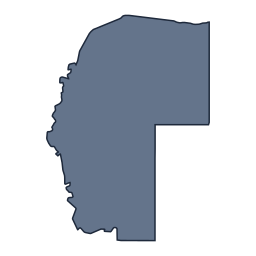 the border of Omaheke
{"feature_id": "NAM-3353", "entity_name": "Omaheke", "entity_type": "Region", "adm_level": 1, "iso_a3": "NAM", "parent_name": "Namibia", "parent_adm1": "", "projection": "robinson", "projection_center": [18.894, -22.054], "detail": "fine", "context": "isolated", "style": "filled", "palette": "slate", "viewbox_px": 256, "rotation_deg": 0, "n_neighbors": 0, "source": "natural_earth", "source_scale": "10m", "svg_char_len": 3256}
<svg xmlns="http://www.w3.org/2000/svg" viewBox="0 0 256 256"><path d="M209.2,22.1L209.2,23.6L209.2,31.4L209.2,39.2L209.2,47.0L209.2,54.7L209.2,62.5L209.2,66.1L209.2,69.7L209.2,73.3L209.2,76.8L209.2,80.4L209.2,84.0L209.2,87.6L209.2,91.2L209.2,94.8L209.2,98.4L209.2,101.9L209.2,105.5L209.2,109.1L209.2,112.7L209.2,116.3L209.2,119.9L209.2,122.4L208.5,124.7L205.4,124.7L192.8,124.7L180.2,124.7L167.7,124.7L155.1,124.7L155.1,130.1L155.1,139.4L155.1,148.8L155.0,158.1L155.0,167.5L155.0,178.2L155.0,188.9L155.0,199.6L155.0,206.1L155.0,210.3L155.0,221.0L155.0,231.7L155.0,240.6L120.9,240.5L117.2,240.0L117.0,228.9L116.7,228.3L116.2,227.8L115.0,227.5L114.1,227.6L113.5,227.9L111.1,231.3L110.8,231.5L110.6,231.7L105.6,231.4L104.5,231.3L104.3,230.8L104.4,230.3L104.6,229.8L104.7,229.4L104.3,229.2L101.4,229.1L100.9,229.1L90.9,233.4L90.2,233.5L85.8,232.6L84.8,232.3L83.9,231.7L81.3,228.7L80.7,228.2L80.1,227.8L79.6,228.0L79.0,228.4L78.1,229.4L77.8,229.7L77.5,229.4L72.6,219.0L72.6,218.2L75.8,209.6L76.0,208.9L75.9,208.3L75.4,207.7L67.9,201.0L67.5,200.4L67.6,199.6L67.8,198.9L68.1,198.2L68.6,197.8L69.1,197.6L72.1,197.4L72.6,197.1L73.0,196.7L72.5,194.7L72.0,193.2L71.8,192.7L71.5,192.5L71.0,192.4L69.8,192.3L69.2,192.1L68.7,191.9L67.6,190.3L66.8,189.8L66.5,189.3L66.3,188.7L66.2,188.1L66.2,187.5L66.6,187.1L66.9,186.9L69.3,185.9L69.7,185.6L69.9,185.3L70.0,184.7L70.1,183.5L70.1,182.9L70.0,182.5L69.5,182.6L65.8,184.1L65.2,184.1L64.8,183.7L64.7,177.1L64.5,175.3L63.0,170.4L62.8,169.2L62.1,162.7L60.5,154.6L60.4,154.2L60.1,154.0L59.7,154.3L58.0,155.7L57.9,155.8L56.5,154.6L56.0,154.2L55.9,153.8L56.3,153.3L58.1,152.3L58.3,151.9L57.9,151.5L56.8,150.6L56.1,149.7L54.7,147.2L54.3,146.8L53.9,146.5L51.8,146.5L51.1,146.3L50.4,145.7L48.7,143.2L47.2,139.9L46.9,138.9L46.8,138.0L47.3,132.4L47.6,131.9L48.0,131.7L48.5,131.7L49.3,131.7L49.9,131.6L51.8,130.8L52.3,130.3L52.6,129.8L52.5,128.8L52.4,128.2L52.1,127.7L51.9,127.3L52.1,126.8L53.6,124.4L54.1,123.3L54.5,122.9L54.9,122.6L55.3,122.3L55.6,121.7L55.5,120.3L55.3,119.8L55.1,119.5L54.8,119.4L54.6,119.2L54.4,118.9L54.0,118.1L53.6,117.7L52.8,116.8L52.6,116.6L52.5,116.4L52.3,116.1L52.4,115.6L52.6,114.9L53.4,113.2L54.8,111.5L55.5,110.0L55.0,106.3L55.7,105.7L59.1,104.0L60.2,103.2L61.7,101.2L61.9,100.4L61.9,99.6L61.4,97.0L61.6,95.2L61.6,94.8L61.5,94.2L61.3,93.5L61.3,93.3L61.3,92.9L62.7,92.1L62.9,91.5L62.9,90.9L62.6,88.3L62.6,87.6L62.7,87.1L63.5,86.3L63.6,85.7L63.5,85.1L63.1,83.1L62.9,82.7L62.7,82.5L61.8,82.8L60.7,82.9L60.2,82.8L59.9,82.7L59.8,82.2L59.9,79.4L60.1,78.2L60.5,77.7L61.1,77.3L61.7,77.1L62.2,77.0L62.7,77.1L68.4,78.7L68.6,78.7L68.5,78.2L67.7,76.6L67.5,76.0L67.5,75.4L67.5,74.8L67.9,74.4L69.9,73.1L70.6,72.5L70.8,71.9L71.0,71.3L71.1,70.1L71.1,69.6L71.0,69.3L70.5,69.3L68.8,69.7L68.3,69.8L68.1,69.7L68.1,69.1L68.3,67.2L68.9,64.9L69.9,64.1L73.8,63.2L74.7,63.1L75.2,63.6L75.6,64.0L76.0,64.7L77.4,61.5L77.8,60.3L79.5,51.7L79.8,50.8L89.4,33.5L91.0,31.6L92.9,29.9L93.4,29.5L119.3,18.9L121.0,18.0L122.7,16.2L123.8,15.7L125.3,15.4L128.5,15.4L129.9,15.5L173.7,20.9L174.6,21.2L176.0,21.9L177.1,22.3L179.5,22.8L180.6,22.8L182.5,22.5L184.7,22.5L190.5,23.3L193.2,24.2L195.3,24.4L199.0,24.2L199.8,24.0L202.7,23.1L206.2,22.9L206.9,22.7L207.9,22.2L209.2,22.1L209.2,22.1Z" fill="#64748b" stroke="#1e293b" stroke-width="1.5"/></svg>